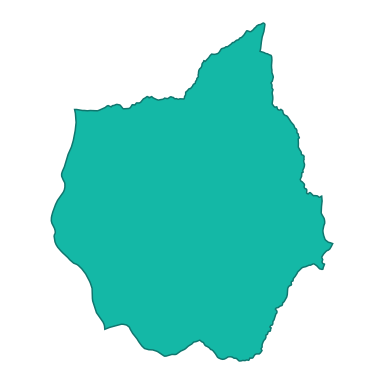 Titiribí, Antioquia, Colombia
{"feature_id": "7082276B91110424420481", "entity_name": "Titiribí", "entity_type": "district", "adm_level": 2, "iso_a3": "COL", "parent_name": "Colombia", "parent_adm1": "Antioquia", "projection": "robinson", "projection_center": [-75.783, 6.066], "detail": "fine", "context": "isolated", "style": "filled", "palette": "teal", "viewbox_px": 384, "rotation_deg": 0, "n_neighbors": 0, "source": "geoboundaries", "source_scale": "gbopen_adm2", "svg_char_len": 5932}
<svg xmlns="http://www.w3.org/2000/svg" viewBox="0 0 384 384"><path d="M304.3,184.1L302.3,181.9L300.9,181.1L300.2,179.4L301.6,176.3L301.8,172.8L303.0,172.3L303.1,172.0L302.8,170.2L303.9,167.9L304.4,166.1L304.5,164.2L303.9,162.5L303.6,160.7L304.1,159.4L303.9,158.1L304.1,156.6L303.6,155.5L301.8,154.7L301.4,154.1L301.2,152.3L300.9,151.5L299.8,149.9L298.3,147.1L298.4,143.3L298.2,139.0L299.3,137.8L299.3,137.4L298.4,136.1L298.3,134.1L296.9,132.7L296.9,130.6L296.7,129.9L296.2,128.9L294.9,128.1L293.8,125.2L291.1,122.1L287.5,116.6L286.7,115.9L285.1,115.3L284.1,114.6L283.7,114.1L283.0,112.5L282.7,110.8L282.5,110.5L282.1,110.2L281.7,110.1L281.0,109.4L280.6,109.4L280.4,109.8L280.0,110.1L279.4,110.1L278.9,110.0L277.8,109.5L277.4,108.7L276.8,106.9L276.1,106.9L275.6,107.1L274.7,107.1L274.1,106.6L272.2,104.0L272.3,102.6L272.8,99.2L272.8,97.4L272.7,96.1L272.2,93.4L272.2,92.3L273.0,89.7L271.9,87.9L272.0,85.4L271.8,84.3L271.0,83.0L272.0,81.4L272.3,81.2L273.3,77.1L273.1,76.0L271.9,72.5L271.9,69.8L271.6,68.2L271.5,65.5L271.9,60.2L271.7,57.0L271.4,56.0L270.9,55.3L269.3,54.8L267.5,53.8L265.8,53.5L263.9,52.5L260.0,51.3L260.6,48.8L261.4,41.8L262.2,37.0L263.9,31.4L264.8,25.5L264.9,24.4L264.7,23.9L264.2,23.4L263.2,23.0L260.5,24.5L258.6,24.8L256.6,26.0L255.6,27.4L254.3,28.3L253.5,29.5L251.1,31.5L250.0,31.7L247.4,30.8L246.6,30.9L244.0,34.9L242.5,36.5L241.3,37.6L240.3,37.8L239.5,38.3L238.9,39.4L238.6,39.7L236.4,40.3L233.8,42.5L232.9,42.5L232.3,42.8L231.1,44.1L227.6,46.7L225.9,46.8L224.6,47.8L221.8,48.6L221.0,49.3L219.5,51.8L218.6,52.9L217.8,53.5L216.0,54.1L214.3,54.4L211.6,54.1L210.1,55.6L208.8,57.6L205.2,61.4L204.8,61.3L204.3,60.8L203.9,60.7L203.3,62.2L202.6,62.9L202.0,64.1L201.9,65.7L201.3,67.2L200.6,68.1L199.8,68.7L199.0,70.0L198.7,71.0L198.5,72.3L198.5,73.4L198.2,74.5L198.2,75.6L198.4,76.2L198.3,76.9L196.9,78.4L196.7,79.8L195.5,81.6L195.2,83.4L193.6,84.2L192.8,85.4L192.4,86.5L191.4,87.4L190.7,88.4L190.5,88.6L189.5,88.6L188.9,88.9L187.3,90.8L185.7,92.2L185.6,94.4L185.4,95.3L184.6,96.4L184.3,98.4L183.8,99.0L179.9,98.8L178.4,99.3L178.0,99.3L176.4,98.6L175.0,98.8L174.4,98.5L173.6,97.7L173.1,97.4L171.9,97.2L171.1,96.8L170.7,96.8L169.8,97.2L168.5,98.2L167.9,98.5L167.1,98.6L164.6,98.1L163.7,98.9L162.4,99.4L161.2,99.5L158.4,100.1L156.8,99.6L153.8,98.2L153.2,97.9L151.7,96.6L151.0,96.8L150.4,97.4L149.8,97.3L149.6,97.7L149.2,97.8L148.7,97.6L147.8,96.6L147.4,96.6L147.0,96.6L145.4,97.8L143.4,98.9L140.6,102.3L140.1,102.6L139.2,103.0L136.8,102.9L136.4,103.0L135.0,104.8L134.2,104.9L132.6,104.7L132.3,104.8L131.9,105.1L131.1,106.6L129.8,108.1L128.6,108.5L123.4,108.8L122.9,108.5L120.8,105.9L119.9,105.0L117.1,104.4L116.2,104.5L114.1,105.4L112.6,105.6L112.1,105.9L111.3,106.8L110.6,106.7L108.1,105.6L106.9,106.1L105.2,107.5L99.0,110.3L97.4,110.8L90.2,110.5L87.4,110.8L84.6,110.5L82.5,110.5L76.7,109.5L74.6,109.5L75.4,113.3L76.1,122.5L75.2,130.7L73.3,140.5L71.4,147.0L68.1,154.4L64.4,166.8L62.5,171.1L61.7,173.5L61.6,174.9L61.7,176.3L63.1,179.7L64.6,182.5L64.9,183.9L64.9,187.1L64.3,190.0L63.3,192.2L57.6,200.3L55.6,204.4L52.8,212.0L51.8,215.6L51.4,217.7L51.3,220.8L51.9,223.2L54.4,228.2L55.0,230.1L55.3,232.1L55.1,233.5L54.4,234.8L54.1,236.2L55.0,241.8L56.1,244.6L57.7,247.2L60.7,250.7L62.8,252.9L67.8,257.5L69.8,259.8L73.6,263.1L76.8,264.4L78.3,265.4L81.8,268.8L85.7,273.9L89.4,280.9L90.3,282.9L92.1,288.4L92.4,298.4L92.7,300.9L93.2,302.5L96.5,312.7L103.0,322.0L104.0,324.2L104.5,326.0L104.8,329.3L109.6,327.4L121.4,324.2L123.4,324.3L126.6,325.0L129.4,327.2L130.3,329.3L132.7,333.4L137.0,338.8L138.9,341.9L141.9,346.0L144.5,348.5L148.8,349.7L152.7,349.9L156.7,351.2L158.1,351.9L164.3,356.1L166.1,356.1L171.9,354.4L174.9,354.5L175.8,354.4L176.7,354.0L180.7,351.1L184.2,349.5L185.5,348.7L188.3,346.1L191.9,343.9L193.6,342.1L196.5,341.5L199.6,340.2L200.3,340.5L201.6,341.7L203.4,342.5L204.8,345.0L205.6,345.8L207.1,346.4L209.3,347.8L210.7,349.5L211.5,349.6L213.0,350.7L215.4,353.7L217.5,357.1L218.5,357.9L220.8,358.9L222.5,359.3L224.2,359.1L225.8,358.4L228.0,357.0L228.8,356.8L230.9,356.8L232.4,357.2L234.0,358.2L236.4,358.4L238.8,360.7L239.3,361.0L241.0,360.9L242.8,360.4L245.0,360.6L246.8,359.9L248.6,360.3L248.9,360.1L249.2,359.6L249.9,358.1L252.2,358.1L252.7,357.9L253.1,357.5L254.2,355.6L254.9,354.7L255.8,354.2L256.5,353.9L259.2,353.9L260.4,352.9L262.0,350.6L261.2,349.0L261.2,348.5L262.1,347.1L262.1,344.7L262.9,342.4L263.9,340.4L265.3,338.9L265.9,337.4L265.9,335.4L266.3,334.8L267.3,334.4L267.5,334.1L268.0,332.2L268.8,331.4L269.8,331.3L270.2,331.1L270.5,330.4L270.6,329.1L271.1,328.1L271.0,327.7L270.1,327.4L270.0,326.6L270.9,325.4L271.4,325.1L271.9,325.2L272.4,324.7L272.8,323.9L272.9,321.5L274.0,319.9L275.7,314.5L275.9,313.9L276.6,313.3L276.9,312.6L277.0,311.8L276.9,311.3L276.6,310.6L275.4,309.2L275.5,308.8L275.9,308.3L276.5,307.9L278.3,307.5L279.9,306.2L281.9,305.5L282.3,305.0L282.7,303.1L283.0,302.5L283.6,302.2L284.5,301.0L286.7,297.1L287.3,294.6L287.7,288.5L288.2,287.2L289.6,285.6L290.2,285.6L291.2,285.1L291.5,284.4L291.2,282.9L291.4,281.8L291.6,281.4L292.6,281.1L293.0,280.8L293.3,278.6L295.2,276.3L297.0,273.5L297.6,272.1L301.7,268.0L302.9,267.3L305.9,266.6L309.1,265.2L310.5,265.2L312.9,264.0L313.5,263.9L314.2,264.0L316.7,265.7L319.6,268.8L321.9,269.4L322.6,269.3L323.0,269.0L323.1,267.9L324.5,264.2L324.1,263.9L323.2,263.8L322.4,262.9L322.2,262.3L322.0,261.9L322.7,259.6L321.9,257.7L321.8,256.9L323.7,253.9L325.8,251.6L326.8,250.7L328.2,250.2L329.8,249.0L331.3,246.5L332.7,243.6L329.9,242.6L328.4,242.3L325.6,240.1L325.0,239.3L323.7,235.6L323.0,232.2L322.9,230.2L323.8,225.7L324.7,223.3L324.7,221.3L324.3,219.0L324.0,218.2L321.6,214.0L321.2,212.9L321.5,206.5L322.1,201.0L321.7,196.1L321.3,196.2L320.3,197.0L319.4,197.3L318.7,197.0L317.6,196.0L316.9,195.8L314.8,195.6L313.4,195.7L310.7,193.0L310.1,192.6L309.5,192.7L308.2,193.9L307.2,193.6L306.6,193.0L306.8,190.4L306.7,189.6L306.3,189.0L304.9,188.5L304.4,187.8L304.1,186.8L304.5,185.0L304.3,184.1Z" fill="#14b8a6" stroke="#0f766e" stroke-width="1.5"/></svg>